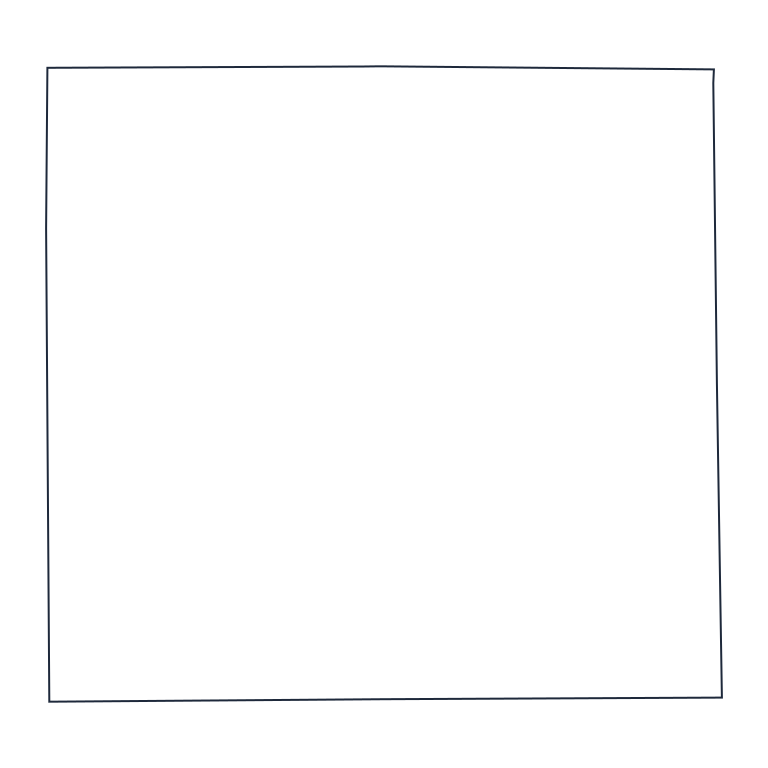 Kalamazoo, Michigan, United States of America
{"feature_id": "52423323B79129460570893", "entity_name": "Kalamazoo", "entity_type": "district", "adm_level": 2, "iso_a3": "USA", "parent_name": "United States of America", "parent_adm1": "Michigan", "projection": "natural_earth1", "projection_center": [-85.49, 42.245], "detail": "fine", "context": "isolated", "style": "outline", "palette": "slate", "viewbox_px": 768, "rotation_deg": 0, "n_neighbors": 0, "source": "geoboundaries", "source_scale": "gbopen_adm2", "svg_char_len": 250}
<svg xmlns="http://www.w3.org/2000/svg" viewBox="0 0 768 768"><path d="M713.9,69.4L379.7,66.3L364.4,66.5L47.4,67.8L46.1,228.3L49.3,701.7L384.4,699.2L721.9,697.6L716.9,382.8L713.3,83.0L713.9,69.4Z" fill="none" stroke="#1e293b" stroke-width="2"/></svg>